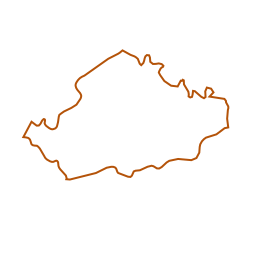 an SVG outline of Piacenza, rotated 29°
{"feature_id": "ITA-5361", "entity_name": "Piacenza", "entity_type": "Province", "adm_level": 1, "iso_a3": "ITA", "parent_name": "Italy", "parent_adm1": "", "projection": "natural_earth1", "projection_center": [9.564, 44.845], "detail": "fine", "context": "isolated", "style": "outline", "palette": "amber", "viewbox_px": 256, "rotation_deg": 29, "n_neighbors": 0, "source": "natural_earth", "source_scale": "10m", "svg_char_len": 2148}
<svg xmlns="http://www.w3.org/2000/svg" viewBox="0 0 256 256"><g transform="rotate(29 128 128)"><path d="M215.4,78.9L212.6,81.3L208.4,90.7L200.9,98.6L199.8,101.0L199.1,103.8L199.1,107.2L199.9,109.8L202.3,115.0L202.4,121.1L199.0,125.4L186.8,130.8L180.0,136.7L178.5,139.4L176.4,145.8L174.9,148.3L172.9,149.3L168.8,149.1L166.9,149.6L163.9,152.4L158.9,159.2L155.3,161.7L154.1,163.2L154.5,167.8L153.9,169.6L151.6,170.6L141.2,172.1L139.9,171.5L137.5,169.4L136.2,168.8L134.2,169.0L132.2,170.0L128.6,173.1L121.8,182.9L102.2,201.2L98.9,202.7L98.7,201.7L96.7,199.7L88.8,197.0L87.0,196.1L85.6,194.9L83.4,191.8L82.1,191.2L81.2,191.3L80.6,191.8L79.0,193.9L77.9,194.5L76.1,194.9L72.6,194.9L70.8,194.5L69.6,194.0L68.9,193.5L60.8,188.7L58.5,187.9L56.9,187.7L54.8,188.7L53.1,189.2L52.0,189.1L51.1,188.7L49.4,187.0L47.9,185.7L46.6,185.2L45.4,185.1L43.3,185.7L40.9,186.7L40.6,169.3L46.9,170.2L48.8,169.1L49.3,167.2L49.4,166.2L49.3,163.9L49.4,162.7L49.9,161.1L50.7,160.8L51.3,161.0L51.8,161.7L52.8,164.3L53.8,165.1L55.4,165.8L58.9,166.3L60.8,166.3L62.3,165.9L63.2,165.2L64.4,163.9L64.9,162.8L65.1,161.7L65.0,160.7L64.0,156.9L62.0,151.7L61.8,150.8L61.6,149.8L62.5,147.7L64.0,144.6L68.7,137.9L71.6,132.6L72.2,126.1L72.2,125.0L72.0,123.9L71.7,123.0L71.3,122.3L70.7,121.7L69.2,120.7L65.5,119.3L63.8,118.4L63.1,117.9L61.9,116.7L61.4,116.0L61.0,114.9L60.8,113.3L61.0,110.6L61.4,108.9L61.8,107.6L62.9,105.5L64.5,103.3L77.2,77.0L83.4,67.8L84.3,66.1L85.6,62.8L94.7,62.8L99.0,62.2L100.8,62.3L103.1,62.8L107.1,66.1L109.1,66.6L109.9,63.7L109.5,61.3L108.8,59.0L108.5,56.9L109.2,55.0L109.9,54.8L111.2,54.2L113.0,55.7L115.4,59.3L118.8,59.9L121.3,58.4L123.6,56.6L126.5,55.8L128.8,56.4L129.0,57.4L128.2,58.7L127.7,60.2L127.8,63.4L128.1,64.6L130.6,66.2L137.0,69.3L145.2,70.1L151.3,67.6L151.2,61.0L151.8,60.7L152.2,60.7L152.4,60.5L152.5,59.3L153.7,59.3L155.8,62.7L163.2,67.0L164.8,69.0L165.7,71.0L167.6,71.1L168.9,69.7L168.2,67.2L166.9,64.0L168.6,63.4L177.0,65.2L180.0,65.1L180.8,63.3L177.8,58.5L177.4,54.4L181.6,53.3L185.5,55.4L184.1,61.0L198.2,55.8L200.5,56.8L201.4,58.1L205.2,60.5L206.1,61.9L206.6,63.8L210.2,71.8L215.4,78.9Z" fill="none" stroke="#b45309" stroke-width="2"/></g></svg>